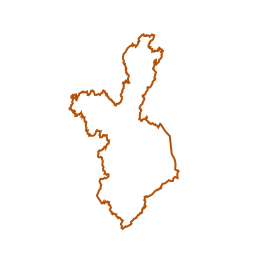 SVG path tracing the border of Irkutsk, rotated 291°
{"feature_id": "RUS-2602", "entity_name": "Irkutsk", "entity_type": "Region", "adm_level": 1, "iso_a3": "RUS", "parent_name": "Russia", "parent_adm1": "", "projection": "equal_earth", "projection_center": [107.861, 57.716], "detail": "fine", "context": "isolated", "style": "outline", "palette": "amber", "viewbox_px": 256, "rotation_deg": 291, "n_neighbors": 0, "source": "natural_earth", "source_scale": "10m", "svg_char_len": 5914}
<svg xmlns="http://www.w3.org/2000/svg" viewBox="0 0 256 256"><g transform="rotate(291 128 128)"><path d="M84.2,117.3L88.2,116.3L89.3,115.1L90.9,114.4L91.3,113.6L91.1,112.7L90.4,112.3L90.2,111.0L90.5,110.4L91.7,109.8L93.6,109.7L95.1,108.7L95.6,109.2L97.6,109.3L96.9,109.6L96.9,110.1L97.9,111.4L99.5,112.1L99.6,112.5L102.0,112.7L102.4,113.8L101.7,114.3L104.5,114.1L105.9,114.6L106.4,115.5L109.1,114.9L109.7,114.4L108.9,113.5L109.2,113.0L112.0,111.3L113.6,110.9L113.2,109.3L112.4,108.8L112.8,108.4L112.7,107.6L112.3,107.2L110.7,107.3L109.8,106.6L109.4,105.2L111.1,104.4L111.2,103.8L114.9,103.7L114.4,103.2L114.9,102.3L114.4,101.2L114.9,99.9L113.4,99.5L110.2,99.5L108.5,98.5L107.4,96.3L108.0,95.3L107.0,94.5L108.3,94.0L107.8,93.5L108.4,92.7L108.3,92.3L110.0,91.4L111.4,91.3L110.8,90.1L109.7,89.8L113.5,89.1L114.2,88.2L116.8,87.1L117.7,87.3L118.8,86.7L118.4,85.4L120.8,83.9L122.4,83.6L122.1,83.0L122.7,81.8L121.8,81.5L123.0,81.0L122.6,80.5L123.4,80.6L124.7,79.7L124.5,79.0L125.4,78.6L123.2,77.9L123.4,77.3L122.7,76.4L121.0,76.0L120.3,74.5L122.5,74.1L122.6,73.3L122.2,73.1L122.2,72.8L122.8,72.3L124.5,72.5L125.0,71.8L123.3,70.7L124.7,69.7L124.3,69.0L125.5,67.7L124.7,67.0L124.9,66.5L126.0,66.6L127.6,67.4L128.5,66.8L129.3,66.8L129.9,67.5L131.4,67.6L132.2,66.5L136.7,66.4L137.1,66.1L136.3,64.6L134.9,64.5L137.0,64.3L137.4,63.8L138.7,64.4L138.3,64.7L138.8,64.9L138.4,65.4L140.2,66.5L139.9,67.1L140.5,67.6L139.6,68.2L136.9,68.0L136.7,69.2L135.6,69.6L135.6,70.0L139.0,69.8L141.2,70.4L142.6,70.2L144.0,71.2L144.4,72.0L145.1,72.0L145.2,72.8L145.8,73.1L145.4,73.5L145.8,73.7L146.0,75.6L147.3,76.6L146.0,77.3L145.2,78.8L144.3,78.8L144.4,79.3L146.1,80.3L149.4,80.3L149.3,80.8L150.1,81.4L149.6,81.8L150.1,82.5L147.1,85.1L147.3,86.5L149.2,88.1L148.7,90.0L150.9,90.5L151.8,91.6L153.4,91.3L154.3,91.7L153.9,93.1L152.2,94.6L152.6,95.1L152.5,95.8L150.8,96.0L151.3,96.8L149.8,98.0L150.0,98.5L149.4,98.8L148.9,99.9L148.4,100.2L148.1,101.2L148.6,102.0L147.6,103.1L147.7,103.6L146.6,104.5L146.8,105.7L144.8,107.3L145.4,107.8L144.7,108.2L144.7,108.7L146.7,109.0L146.9,109.9L147.7,110.3L147.8,111.1L148.6,111.1L149.3,111.9L152.9,111.9L154.9,111.2L155.3,110.5L155.2,110.0L156.2,109.3L158.6,109.7L159.3,109.5L160.0,109.9L160.9,109.3L162.3,109.2L163.7,109.8L164.6,109.1L166.1,109.1L168.2,107.0L168.6,107.0L169.1,107.8L168.7,108.3L168.8,108.9L171.5,108.8L171.6,109.2L170.7,109.6L170.2,110.5L170.2,112.4L170.7,113.0L171.5,112.1L171.1,111.1L171.7,111.4L173.9,110.3L176.6,110.2L178.1,109.2L178.2,108.5L177.8,108.1L179.2,107.0L179.0,106.4L180.5,106.0L181.1,105.2L182.5,105.3L182.5,104.7L183.6,104.6L184.6,103.4L186.6,102.3L186.2,101.8L186.3,101.3L187.5,100.2L188.5,100.5L191.6,98.1L195.1,97.4L198.2,98.5L202.3,99.0L205.5,100.8L206.2,101.9L208.1,102.1L207.6,102.7L206.7,102.6L206.3,103.1L207.7,104.0L207.6,105.5L206.7,106.1L207.9,106.7L210.9,107.2L212.1,106.6L212.6,107.4L213.2,107.5L214.4,106.2L216.2,105.9L217.2,106.8L220.1,107.8L220.2,108.6L220.9,109.0L219.8,109.9L220.0,111.1L221.2,111.6L221.2,112.2L220.8,112.7L221.7,113.6L221.7,114.7L221.0,115.5L223.9,116.9L223.5,117.9L224.0,118.6L224.0,119.2L220.4,119.7L219.0,119.3L217.5,118.0L216.2,117.6L215.5,118.1L214.9,117.6L212.4,117.5L210.8,118.4L211.8,119.6L211.7,120.0L210.4,120.1L210.1,121.4L210.5,122.3L208.0,123.3L208.8,124.0L208.6,124.9L209.8,125.2L209.6,126.1L210.2,126.7L210.6,128.0L211.2,127.9L211.2,128.7L212.1,128.6L212.5,128.0L214.1,128.3L213.8,129.3L212.7,129.7L213.3,130.6L213.4,131.4L212.6,131.9L212.6,132.7L212.0,132.5L211.7,133.0L210.8,132.5L210.7,131.8L209.1,133.1L208.3,133.1L208.3,133.4L206.5,133.9L204.5,133.6L202.8,132.7L200.9,133.1L197.4,131.6L198.2,130.9L201.6,129.7L200.7,128.8L198.5,128.8L197.1,129.9L194.6,130.3L192.3,130.0L191.8,130.8L192.0,131.3L190.5,132.9L190.0,134.2L187.7,134.2L187.3,134.6L184.8,134.4L183.7,135.3L183.8,135.8L182.9,135.9L182.1,135.2L179.7,134.4L178.5,134.9L174.7,134.3L173.4,133.6L173.0,132.6L173.3,131.9L172.6,131.6L171.0,132.6L169.2,132.4L168.2,131.8L165.8,132.1L164.3,131.1L163.9,130.1L162.9,130.2L161.9,131.6L162.2,132.2L160.5,133.0L157.1,132.5L155.9,132.9L153.8,131.8L151.0,131.5L150.1,132.3L149.9,132.9L150.1,133.3L149.2,134.1L146.2,133.8L145.4,134.5L144.1,134.4L142.3,135.3L140.4,135.4L140.7,136.0L139.3,137.7L139.5,138.3L141.3,138.6L142.9,140.8L145.1,141.5L144.4,142.1L142.7,141.7L141.8,142.5L141.1,145.0L140.4,145.2L140.5,146.0L139.9,146.7L140.3,147.3L140.1,148.3L141.2,149.0L141.2,149.6L140.5,150.7L140.6,151.6L141.1,152.1L140.5,152.5L140.6,154.6L139.4,156.1L143.4,156.6L143.2,157.3L138.3,164.0L135.3,170.0L119.5,178.1L115.7,182.5L113.2,184.3L110.3,185.7L106.2,186.9L106.0,188.8L106.3,189.9L105.8,190.7L104.8,190.2L102.4,190.6L99.0,192.2L99.1,189.3L97.0,188.4L94.9,188.9L93.7,187.0L94.0,184.9L90.3,182.9L88.7,181.2L88.5,180.4L85.4,179.8L84.3,180.5L83.6,180.4L83.0,179.8L83.2,179.4L81.2,178.4L81.4,177.9L79.7,176.8L79.5,176.2L74.6,174.3L70.8,171.1L70.4,170.5L71.0,170.1L70.9,169.7L69.8,168.2L68.2,169.0L66.5,169.0L66.2,169.4L66.5,170.0L64.8,170.8L62.1,171.0L62.0,171.8L61.0,172.7L58.9,171.8L59.6,171.1L58.5,170.6L56.4,170.5L55.7,171.1L53.5,171.2L53.0,170.9L53.1,169.8L51.0,169.5L50.4,168.4L47.5,168.2L47.4,167.6L46.2,167.3L45.3,165.9L43.7,165.7L41.6,164.5L40.4,164.8L40.0,165.5L39.0,165.3L35.0,161.7L35.1,160.8L32.0,159.2L32.1,158.2L32.5,157.7L34.2,157.6L35.6,155.8L39.8,156.3L39.9,154.5L41.1,153.0L41.3,152.2L40.3,151.1L41.1,150.6L40.9,150.3L41.5,148.7L43.3,148.0L42.8,146.9L42.7,145.7L43.0,145.3L42.2,144.7L42.8,144.2L42.4,143.5L44.1,142.6L44.4,141.0L45.6,140.2L47.5,140.7L48.3,139.7L49.4,139.2L49.5,137.4L52.0,137.1L52.1,135.7L51.1,135.6L51.5,133.4L49.2,133.1L49.2,132.3L50.4,131.7L49.3,131.5L48.2,130.7L53.6,123.2L60.1,123.4L60.9,124.0L61.8,124.1L62.9,123.6L65.6,123.3L66.3,122.1L68.0,120.5L70.7,120.6L71.3,122.7L73.1,124.0L72.8,124.4L73.3,125.8L76.0,127.2L77.8,126.3L77.8,125.7L76.6,124.6L77.3,123.6L76.8,122.5L78.5,122.4L79.6,121.2L79.4,120.2L80.9,119.2L82.8,119.2L84.2,117.3Z" fill="none" stroke="#b45309" stroke-width="2"/></g></svg>